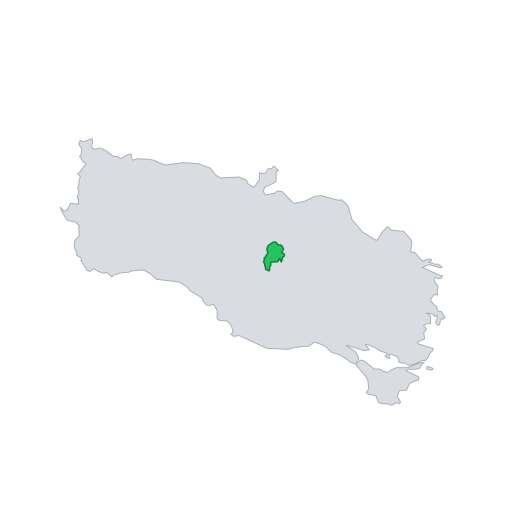 location of Nevsehir within Turkey, rotated 202°
{"feature_id": "TUR-2288", "entity_name": "Nevsehir", "entity_type": "Province", "adm_level": 1, "iso_a3": "TUR", "parent_name": "Turkey", "parent_adm1": "", "projection": "orthographic", "projection_center": [34.679, 38.876], "detail": "fine", "context": "in_parent", "style": "filled", "palette": "green", "viewbox_px": 512, "rotation_deg": 202, "n_neighbors": 0, "source": "natural_earth", "source_scale": "10m", "svg_char_len": 4596}
<svg xmlns="http://www.w3.org/2000/svg" viewBox="0 0 512 512"><g transform="rotate(202 256 256)"><path d="M381.9,182.9L388.6,184.8L390.6,182.9L396.5,182.6L401.9,183.5L404.4,179.4L408.2,179.5L409.1,181.4L410.9,181.9L416.8,186.4L416.2,187.1L417.8,188.8L422.6,189.5L423.3,192.0L427.3,195.4L429.8,201.0L429.1,205.1L427.3,207.9L431.1,216.3L430.3,217.5L436.4,219.8L443.6,218.5L446.1,219.5L453.9,225.6L455.9,228.1L450.7,225.4L448.3,228.5L447.6,235.4L440.0,237.5L441.6,241.7L443.9,243.5L443.7,247.8L444.4,249.4L446.8,251.9L446.9,255.6L448.2,259.5L448.7,264.2L452.1,265.3L450.8,267.7L448.2,277.7L448.5,278.4L451.0,278.4L456.9,282.2L456.1,283.8L457.4,289.9L462.6,293.4L462.1,295.5L462.4,297.5L458.9,297.0L452.3,303.2L451.5,303.1L450.4,301.4L449.6,295.9L447.8,294.6L445.5,294.5L441.9,297.4L438.4,297.7L434.9,297.5L425.3,295.0L422.0,296.5L418.3,295.5L411.9,302.9L409.8,303.6L408.5,300.4L406.0,298.7L403.0,301.5L391.3,305.6L385.8,306.6L379.0,306.0L373.5,306.7L358.7,315.1L344.2,320.0L331.1,320.3L323.7,315.9L318.1,315.0L301.6,322.8L293.3,322.7L290.5,319.9L284.1,318.8L282.8,321.6L281.6,328.4L284.0,334.6L280.4,335.0L278.1,336.5L277.6,341.1L274.3,343.0L273.3,345.9L272.7,346.0L267.4,343.7L268.8,341.4L265.4,332.8L267.0,330.1L273.7,323.0L273.5,318.9L270.5,316.0L262.0,321.3L261.2,323.3L259.2,324.9L256.0,325.5L240.6,318.9L231.6,324.8L223.9,333.3L218.0,336.4L200.8,338.5L197.7,340.1L191.9,338.2L188.5,335.8L180.8,325.8L166.1,318.0L150.4,315.5L149.0,317.4L148.1,324.9L145.3,331.9L143.9,332.5L140.6,330.6L128.2,334.1L118.1,328.9L116.4,326.8L114.5,318.4L113.1,317.7L111.4,318.8L109.6,318.6L102.4,314.6L98.5,314.1L95.9,317.4L91.9,318.5L91.8,317.5L93.5,315.4L87.3,315.3L83.9,316.8L79.5,315.4L79.9,314.5L83.6,313.7L91.9,313.0L97.5,307.9L77.8,306.7L75.8,307.8L75.8,304.9L77.0,303.7L82.2,303.0L82.1,300.7L79.1,297.9L75.8,296.2L74.7,290.2L73.1,288.5L73.4,287.7L76.6,286.9L77.6,282.7L77.4,279.9L71.3,277.1L69.9,277.2L68.5,274.7L66.0,272.8L63.7,274.0L57.7,269.9L59.1,267.4L60.6,267.6L61.1,265.6L60.2,262.2L60.4,260.5L61.8,260.1L63.4,260.6L64.7,262.7L64.6,266.6L66.1,269.0L67.4,266.8L70.2,268.3L75.5,267.6L76.5,266.7L72.8,266.5L71.5,265.4L68.9,258.8L72.2,257.3L74.7,254.4L70.6,252.0L71.8,247.8L68.6,242.5L74.0,236.7L73.8,235.8L72.3,235.3L56.9,236.6L57.0,233.8L58.3,231.4L58.8,225.5L59.8,222.3L62.6,221.6L66.5,217.1L72.5,212.0L78.2,212.6L80.7,211.2L84.1,211.4L84.9,213.7L87.8,215.5L93.1,215.7L95.8,214.4L93.5,211.4L96.6,210.8L99.0,211.6L97.5,214.6L98.2,214.9L105.1,214.5L112.2,215.7L120.2,215.8L121.3,215.0L115.8,211.5L119.6,209.1L121.6,208.7L138.4,207.2L138.5,206.6L128.4,204.7L123.4,200.8L122.1,198.8L123.4,194.1L124.6,193.0L128.2,193.0L140.6,195.8L149.5,195.0L159.1,198.5L168.4,198.3L170.4,197.0L172.9,192.5L186.2,185.5L190.9,181.7L211.3,174.5L241.6,176.0L246.8,173.1L249.9,174.1L249.1,176.0L249.2,177.8L252.9,182.3L258.3,184.9L265.8,182.6L268.6,183.4L271.3,190.5L276.1,194.6L278.3,194.9L281.1,192.4L283.9,192.0L288.4,194.4L290.0,196.8L304.7,199.3L307.8,201.4L317.8,203.1L339.4,197.1L347.6,200.1L354.3,200.8L357.2,200.1L365.7,195.5L368.3,193.0L373.6,190.7L380.1,185.7L381.9,182.9ZM102.6,170.7L101.8,173.8L102.9,177.4L105.5,182.4L108.4,185.1L122.7,192.6L120.2,198.6L116.5,199.3L104.0,195.5L98.7,197.6L95.0,196.7L89.8,197.4L88.0,201.0L84.1,205.0L73.5,209.3L63.2,218.9L60.4,220.0L62.0,216.5L62.1,213.4L66.5,210.2L72.5,208.0L74.2,205.8L59.8,204.9L58.8,201.6L60.3,201.1L65.4,195.9L66.1,193.6L66.2,188.0L72.1,185.3L72.7,184.1L72.3,178.5L67.3,174.8L67.5,173.2L71.5,172.1L74.0,168.5L79.5,168.2L82.3,166.6L87.1,166.0L92.7,171.3L99.9,170.0L102.6,170.7ZM55.7,217.8L50.8,218.2L49.4,217.2L51.1,215.7L54.9,214.9L56.0,216.7L55.7,217.8Z" fill="#d9dde1" stroke="#a8b0b8" stroke-width="1"/><path d="M242.9,276.3L241.8,276.0L240.9,275.1L240.3,274.8L239.0,274.8L237.2,275.4L236.0,275.2L235.1,274.7L234.4,273.9L233.5,273.2L233.1,272.8L233.1,271.5L233.8,270.1L233.6,268.8L233.1,268.7L232.2,268.9L231.1,268.5L230.1,267.9L229.8,266.5L230.6,265.2L230.9,263.8L230.2,261.3L230.5,260.2L232.9,262.3L233.7,262.0L233.7,261.4L233.4,260.2L233.9,258.7L236.5,257.6L237.7,256.9L239.0,256.3L239.9,255.1L239.4,254.0L238.8,252.9L239.1,251.1L238.8,249.7L238.4,248.9L238.2,247.9L238.3,247.2L238.7,247.0L240.1,247.3L241.3,247.1L241.7,247.2L242.3,247.4L242.5,247.8L242.6,248.4L242.8,248.9L243.3,249.6L244.0,249.9L244.4,250.8L244.7,251.9L246.4,253.0L246.9,253.8L246.7,254.5L246.8,255.1L247.0,255.7L247.3,256.3L247.6,257.0L247.3,257.6L247.1,258.1L247.0,258.8L247.0,259.5L246.6,261.0L246.0,262.4L247.0,264.4L248.5,266.4L248.5,267.7L248.7,268.9L248.6,270.2L246.7,273.3L245.8,274.3L245.2,275.4L242.9,276.3Z" fill="#22c55e" stroke="#15803d" stroke-width="1.5"/></g></svg>